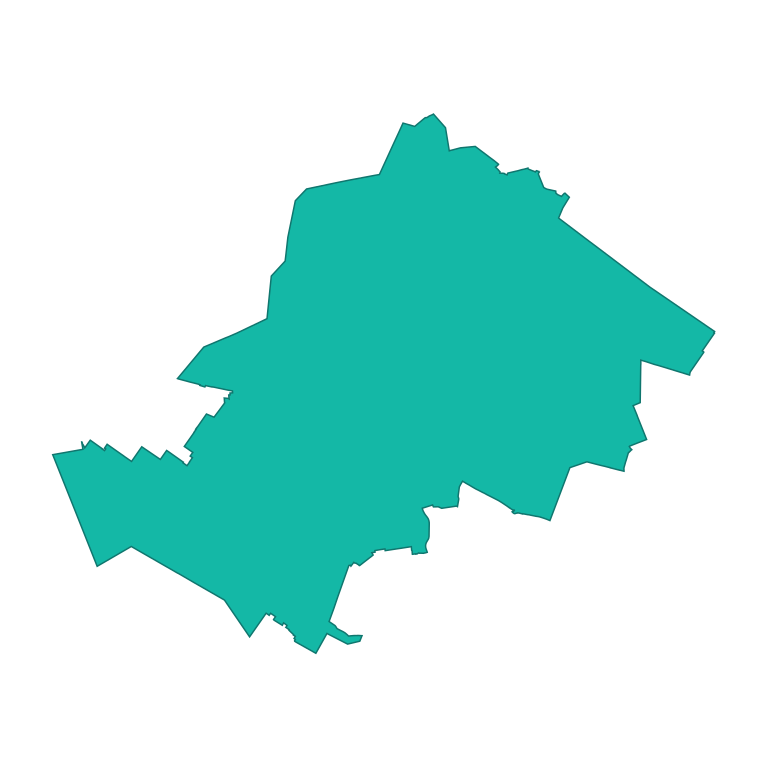 Midden-Drenthe, Drenthe, Netherlands, rotated 272°
{"feature_id": "6326949B32039619343175", "entity_name": "Midden-Drenthe", "entity_type": "district", "adm_level": 2, "iso_a3": "NLD", "parent_name": "Netherlands", "parent_adm1": "Drenthe", "projection": "orthographic", "projection_center": [6.517, 52.871], "detail": "fine", "context": "isolated", "style": "filled", "palette": "teal", "viewbox_px": 768, "rotation_deg": 272, "n_neighbors": 0, "source": "geoboundaries", "source_scale": "gbopen_adm2", "svg_char_len": 5847}
<svg xmlns="http://www.w3.org/2000/svg" viewBox="0 0 768 768"><g transform="rotate(272 384 384)"><path d="M126.6,258.5L150.8,274.2L149.2,276.8L148.8,277.3L150.9,278.7L147.7,283.7L144.8,281.8L144.7,281.8L144.1,282.4L140.9,288.0L139.3,290.8L141.8,292.0L139.5,295.3L139.3,295.5L137.6,294.6L137.4,294.4L136.2,296.2L135.1,297.8L134.6,297.6L133.5,298.8L130.3,302.4L129.9,302.2L128.7,304.2L126.5,303.0L125.7,304.3L124.4,303.6L123.8,303.7L123.0,305.0L112.5,325.3L132.7,335.7L132.2,336.7L122.8,356.7L126.1,368.8L131.7,370.8L131.7,370.4L131.8,367.3L131.7,365.9L131.6,363.8L131.5,362.3L131.0,358.3L130.8,357.7L131.1,357.1L131.5,356.7L132.3,355.8L133.1,354.8L133.5,354.3L133.9,353.8L134.9,352.0L135.1,351.6L135.3,351.2L136.0,349.6L137.6,346.2L137.8,345.8L138.1,345.5L138.2,345.4L140.2,344.1L140.7,343.6L141.0,343.3L142.3,341.2L144.7,337.4L157.9,341.7L169.6,345.2L201.4,355.2L201.7,356.7L200.8,357.3L204.7,360.1L204.2,360.7L204.1,360.8L204.0,361.1L203.9,362.5L203.6,363.0L203.1,363.5L202.8,364.2L202.5,364.8L201.7,365.6L201.7,366.0L209.5,375.3L211.1,377.3L212.7,379.1L215.0,377.7L215.6,380.9L217.2,380.7L218.2,385.4L219.2,390.7L217.5,391.0L219.8,403.2L220.5,407.1L220.8,408.6L222.4,417.0L218.9,417.4L218.7,417.5L218.2,417.9L215.5,418.2L215.0,418.2L214.9,418.2L214.8,418.3L215.4,421.6L215.1,421.6L215.3,422.9L215.4,423.1L215.6,423.5L215.9,423.8L216.3,424.3L216.2,425.2L216.1,425.7L216.2,426.3L216.2,429.6L216.4,430.1L216.5,430.2L216.7,431.4L217.3,433.1L217.7,433.0L218.4,432.7L220.5,431.9L221.6,431.5L222.3,431.4L222.9,431.3L224.0,431.2L224.7,431.3L225.6,431.4L226.3,431.6L227.0,431.9L227.5,432.1L230.1,433.5L231.0,433.9L231.6,434.1L232.5,434.2L233.1,434.3L234.2,434.3L245.8,434.1L247.3,434.0L248.2,433.8L249.1,433.6L250.1,433.2L250.8,432.9L251.4,432.5L252.3,431.9L254.1,430.4L254.7,429.9L256.1,428.9L257.7,428.0L258.6,427.5L260.1,426.9L261.2,426.6L264.8,436.8L263.0,437.6L262.9,437.8L263.2,442.5L262.0,445.4L261.8,446.0L264.5,460.7L264.0,461.7L271.2,462.7L272.0,462.7L272.4,462.6L274.1,462.0L274.7,462.0L283.8,462.9L285.3,463.6L286.7,464.3L289.6,465.9L289.3,466.4L288.3,468.3L287.7,469.3L287.5,469.7L285.7,473.2L284.9,474.6L282.3,479.4L281.3,481.7L279.0,486.5L278.3,488.2L277.1,490.5L274.7,495.7L271.7,502.1L270.9,503.6L269.8,505.5L266.0,511.7L265.9,511.7L264.7,513.8L264.6,513.7L263.4,515.7L262.6,517.3L262.6,517.7L262.4,517.5L262.0,518.5L261.5,518.1L261.2,517.7L261.4,517.4L261.0,517.0L260.7,516.5L259.9,517.3L259.2,518.3L259.1,518.6L259.0,518.9L259.0,519.2L259.0,519.4L259.1,519.7L259.5,520.8L259.8,521.7L259.9,522.1L259.7,522.2L259.8,522.8L259.7,523.7L258.9,527.2L259.2,527.3L258.9,529.1L258.7,530.2L258.4,532.3L258.3,533.8L258.1,534.6L257.1,540.6L256.9,542.7L256.5,544.7L255.5,548.2L254.9,550.1L254.4,551.7L253.9,553.0L253.3,554.6L306.9,572.7L313.3,589.5L311.0,599.9L310.1,604.1L309.4,607.7L308.6,611.3L308.3,613.0L308.1,613.0L307.8,614.6L306.2,621.9L306.3,621.9L306.2,622.2L305.2,626.9L305.7,626.9L308.1,626.7L308.9,626.8L314.7,628.2L316.3,628.7L323.7,630.6L324.0,630.7L324.0,631.0L326.9,633.7L327.0,633.9L328.8,632.1L330.2,631.3L330.5,631.6L330.6,631.9L332.0,635.1L332.1,635.3L333.3,638.1L333.8,639.2L337.7,648.4L359.8,638.7L361.0,638.2L361.4,638.1L371.1,633.7L374.3,640.7L412.5,639.9L412.7,640.0L416.8,639.8L415.5,645.0L413.0,653.5L412.1,657.4L403.6,689.1L406.0,689.4L406.5,689.6L407.0,689.8L426.9,702.5L427.1,702.5L427.2,702.4L428.2,700.9L446.3,712.5L446.7,711.8L448.0,712.6L490.2,646.2L527.3,593.4L534.2,583.5L555.2,553.7L556.0,552.7L565.5,556.3L566.1,556.5L577.1,562.7L581.4,557.8L581.2,557.9L578.0,555.0L577.7,554.9L579.2,551.2L580.6,549.2L582.8,548.9L584.3,540.6L584.4,540.2L584.5,539.7L585.9,536.8L594.9,532.8L598.5,531.2L599.1,531.0L599.7,530.9L601.2,531.8L601.4,531.3L601.8,531.3L601.8,531.2L601.9,530.9L602.4,529.4L602.5,529.2L602.5,528.9L602.4,528.7L602.0,528.5L601.2,528.0L601.2,527.9L601.8,526.5L602.1,525.6L602.1,525.4L603.4,521.9L603.6,521.3L604.1,520.4L604.8,520.3L604.5,519.5L603.8,517.2L603.6,516.6L603.2,514.9L602.9,513.8L601.8,510.4L601.2,508.1L599.1,500.4L597.3,499.7L598.1,497.3L598.3,497.3L598.5,497.2L598.8,495.5L598.8,495.3L598.7,494.6L598.8,492.4L599.1,492.5L600.2,492.5L600.3,492.3L600.4,492.2L601.7,491.0L602.1,490.7L602.5,490.2L604.7,487.8L604.9,488.0L605.2,488.4L605.7,489.2L606.3,489.8L606.7,490.2L607.6,490.8L610.9,486.5L614.4,481.4L624.6,466.9L622.7,452.2L620.2,443.9L619.8,442.4L619.3,441.1L642.3,436.5L655.5,424.0L655.3,423.7L654.8,422.9L653.4,419.9L652.7,418.9L652.3,418.4L651.9,417.9L651.8,417.5L651.7,417.1L651.6,415.9L649.7,413.7L642.5,405.7L645.4,393.9L636.7,390.3L623.4,384.7L593.2,372.1L593.0,371.3L592.2,367.4L586.7,342.9L585.0,335.6L583.4,328.9L576.2,299.8L564.1,289.0L527.3,282.8L510.4,281.5L503.4,280.9L489.1,268.6L487.9,267.6L445.2,264.8L436.9,248.9L429.6,234.9L425.4,226.0L424.6,224.1L421.8,218.1L416.4,206.5L414.6,202.6L382.2,177.4L381.9,178.3L380.0,186.6L379.2,189.9L379.1,190.4L378.3,194.2L377.4,198.3L377.0,199.6L376.8,200.4L376.7,200.4L376.3,200.2L376.3,200.3L376.1,200.2L374.8,205.1L376.2,205.7L375.0,212.2L375.2,212.3L374.7,215.3L373.7,221.1L372.4,228.5L371.8,232.8L369.9,233.0L369.6,230.4L367.8,230.6L367.6,229.2L363.7,229.7L364.0,229.2L364.1,228.9L364.2,228.6L364.4,224.8L363.8,224.9L359.9,225.3L359.6,225.5L344.9,215.3L347.8,207.6L333.7,198.5L333.8,198.4L332.3,197.4L332.1,197.8L329.7,196.2L329.7,196.3L329.4,196.2L314.6,186.6L309.0,195.3L305.2,192.8L303.7,195.1L299.3,192.3L299.2,192.4L295.5,190.0L298.2,185.8L298.9,186.2L299.5,185.2L308.7,171.2L310.0,169.1L300.8,163.1L312.8,144.1L297.8,134.4L302.1,127.7L303.2,126.1L305.2,123.0L314.1,109.4L310.1,106.9L309.4,108.1L307.7,107.0L309.3,104.5L309.5,104.7L310.6,103.0L317.6,92.4L313.2,89.5L309.8,87.2L310.3,87.0L312.7,85.5L313.3,84.8L314.5,84.6L315.5,84.0L316.2,83.7L308.2,85.4L301.8,55.4L246.6,79.7L191.8,103.7L212.8,137.1L187.8,184.3L187.6,184.9L178.3,202.2L162.5,232.1L126.6,258.5Z" fill="#14b8a6" stroke="#0f766e" stroke-width="1.5"/></g></svg>